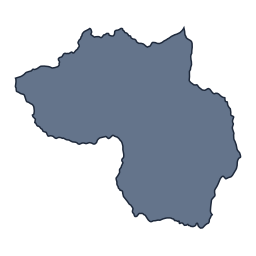 Imues, Nariño, Colombia
{"feature_id": "7082276B38506776880205", "entity_name": "Imues", "entity_type": "district", "adm_level": 2, "iso_a3": "COL", "parent_name": "Colombia", "parent_adm1": "Nariño", "projection": "robinson", "projection_center": [-77.501, 1.069], "detail": "fine", "context": "isolated", "style": "filled", "palette": "slate", "viewbox_px": 256, "rotation_deg": 0, "n_neighbors": 0, "source": "geoboundaries", "source_scale": "gbopen_adm2", "svg_char_len": 5742}
<svg xmlns="http://www.w3.org/2000/svg" viewBox="0 0 256 256"><path d="M240.6,156.9L240.4,155.3L239.6,152.8L237.6,150.4L237.0,149.1L236.2,144.9L235.0,141.5L234.1,139.8L233.8,138.7L233.6,134.8L233.9,133.8L233.8,132.9L232.6,129.3L232.3,127.9L232.5,126.7L233.3,124.3L233.3,123.7L232.6,122.3L232.5,121.2L232.6,120.3L233.7,117.1L233.6,116.8L233.2,116.4L231.3,115.5L230.9,115.0L230.7,114.2L230.8,112.3L230.3,108.8L229.1,107.5L228.1,105.9L227.7,105.0L227.3,102.0L227.0,101.8L225.7,101.6L225.3,101.2L224.9,99.5L224.9,98.1L224.8,97.7L223.4,97.5L222.2,97.0L220.5,95.8L219.1,94.4L218.1,93.7L217.1,93.3L215.6,93.3L214.8,93.7L213.7,93.6L213.0,93.2L211.9,92.0L210.2,89.7L209.7,89.2L208.6,88.6L208.1,88.6L207.4,88.9L205.4,90.1L204.8,90.3L202.9,90.1L202.2,89.9L198.9,87.3L197.4,85.2L196.8,84.8L195.3,85.0L193.7,84.8L192.5,83.8L190.9,82.7L189.8,81.5L189.3,80.7L189.2,79.9L189.5,76.8L189.4,71.6L189.5,71.1L190.4,69.7L190.7,67.2L191.5,64.9L191.5,64.4L191.4,61.7L191.0,59.9L190.7,56.6L191.0,54.7L191.7,53.4L191.8,50.7L192.2,47.2L192.1,43.5L191.7,42.0L191.1,41.1L190.2,40.4L187.3,38.7L186.1,37.5L185.9,36.3L185.4,35.8L184.9,34.4L184.6,31.3L183.9,27.9L183.3,29.0L182.2,30.5L180.0,32.6L176.9,34.1L174.7,34.8L171.4,36.4L169.1,38.1L167.4,39.0L166.7,39.6L163.8,41.1L162.2,42.4L159.7,43.5L158.3,43.5L157.2,43.4L155.3,42.6L152.9,42.4L152.3,42.6L151.8,43.2L150.8,45.0L149.8,46.3L148.7,46.5L147.4,47.1L145.8,46.1L144.3,44.7L143.1,43.9L141.4,43.4L138.7,43.3L137.1,42.3L136.7,41.9L135.8,40.1L134.8,39.3L133.0,39.0L131.5,38.2L130.9,37.6L130.7,36.4L130.5,36.1L130.0,35.9L128.7,35.7L128.1,34.6L127.1,33.4L126.2,32.9L125.0,32.6L124.7,32.3L124.2,31.3L122.8,30.0L122.5,28.8L121.8,28.4L120.8,28.5L119.3,29.5L118.7,29.8L117.4,30.2L116.1,30.3L114.9,31.1L114.7,31.6L114.5,34.0L114.3,34.6L113.7,35.4L113.3,35.8L112.8,36.0L111.6,36.0L109.7,35.4L109.1,35.1L108.8,34.0L108.4,33.5L106.8,33.4L104.9,34.7L103.6,35.0L102.2,37.0L101.2,37.6L100.5,37.5L99.0,36.7L98.5,36.6L95.9,36.7L94.4,37.1L92.0,35.4L91.1,34.7L90.9,34.3L91.1,33.4L91.4,33.0L91.6,32.4L91.6,31.5L91.4,30.8L90.9,29.4L90.5,28.9L90.1,28.6L89.6,28.5L88.7,29.3L84.8,31.3L83.9,31.9L82.7,33.3L82.2,34.2L81.9,35.7L81.6,36.3L81.1,36.8L80.8,38.0L80.2,39.2L79.2,40.0L78.0,42.3L78.1,43.2L79.1,45.2L79.2,45.9L79.1,46.6L78.1,47.9L77.5,49.1L75.9,50.4L74.1,52.6L73.8,52.9L73.0,53.0L72.0,52.2L71.3,52.1L69.0,53.5L66.9,53.5L66.2,53.6L65.1,53.3L64.6,53.4L63.6,54.0L62.1,56.5L61.7,56.9L59.5,57.6L58.5,58.5L58.4,58.9L58.4,59.5L58.5,60.1L59.4,61.4L59.5,62.4L59.1,63.3L59.2,65.1L57.9,66.6L54.9,67.6L52.4,68.0L51.9,67.9L49.7,66.9L48.1,66.5L44.1,66.1L41.1,66.2L40.4,66.4L37.6,68.3L36.8,68.8L35.1,69.4L34.4,69.5L33.1,69.2L32.6,69.4L31.7,70.5L31.0,71.0L29.0,71.5L26.3,72.4L25.7,72.8L23.9,74.6L22.0,75.9L20.6,76.6L15.5,78.2L15.9,79.3L16.0,81.6L15.9,83.0L15.4,86.3L15.5,86.9L16.1,88.1L16.2,90.0L16.5,91.3L17.0,91.6L18.6,92.3L20.7,93.6L23.2,94.3L23.7,94.5L24.1,94.9L24.5,95.5L26.0,100.2L26.4,101.1L27.0,101.8L28.6,102.3L30.6,103.6L32.2,104.4L32.7,104.9L33.6,106.3L33.9,107.3L34.3,111.0L34.0,113.5L33.8,114.1L33.4,114.5L32.4,115.1L32.9,116.6L35.4,119.2L34.8,122.6L35.5,122.8L36.9,125.4L37.3,125.8L37.7,126.1L38.4,126.1L39.6,126.9L40.2,127.5L40.8,128.5L42.0,129.2L42.4,129.8L42.8,131.0L44.0,131.7L45.5,132.1L46.3,132.5L47.2,134.6L48.0,136.0L48.3,136.1L48.8,136.1L50.7,135.7L52.1,136.0L53.2,136.4L54.6,137.7L55.7,138.3L56.3,138.4L58.3,137.5L59.1,137.4L60.7,137.6L62.4,138.3L63.2,138.1L63.8,138.3L66.2,139.6L66.9,139.8L68.9,140.0L71.2,141.3L72.6,141.9L75.6,142.2L77.1,142.9L78.1,143.9L79.2,144.2L79.7,144.1L82.0,143.1L82.7,143.0L83.9,143.0L85.9,143.6L86.7,143.5L89.3,142.6L91.5,143.0L93.4,144.0L94.8,144.0L96.5,142.6L97.3,140.4L97.9,139.5L99.3,138.2L100.2,137.8L105.7,136.5L106.5,136.8L107.5,137.9L108.3,138.4L108.7,138.5L110.0,137.8L111.9,135.9L112.9,135.3L113.8,135.6L114.6,136.2L117.4,137.2L119.1,138.7L119.7,139.7L121.1,141.2L121.7,142.1L122.3,143.8L122.9,146.3L122.9,149.8L123.7,154.0L123.8,155.4L123.7,156.7L123.5,157.6L122.5,158.5L122.0,159.3L121.8,160.2L122.0,161.1L122.8,162.2L122.9,162.9L122.0,164.9L121.5,165.9L121.1,167.4L119.9,168.9L119.5,169.8L119.6,172.3L119.4,173.0L117.8,175.8L116.1,178.1L116.2,179.4L116.9,181.9L116.9,184.1L117.5,185.7L118.2,186.6L118.2,187.4L118.5,188.2L119.8,189.4L120.1,190.3L121.5,190.5L122.0,190.8L122.6,191.8L122.7,193.2L123.5,196.5L127.4,201.4L129.3,204.2L130.7,205.0L132.5,207.5L133.0,208.8L132.4,211.2L132.5,212.0L132.7,212.6L133.8,213.8L134.5,215.9L135.1,216.5L136.0,216.5L136.5,216.4L137.0,216.1L138.7,213.9L139.2,213.5L142.2,213.4L142.9,213.7L143.9,214.6L145.1,215.2L145.5,215.6L147.3,218.5L148.4,220.1L149.8,221.3L150.9,221.7L151.9,221.5L153.2,220.8L155.3,220.7L157.9,220.1L160.0,220.2L162.9,218.9L165.9,218.1L167.3,217.9L169.9,217.9L171.0,218.1L172.4,218.8L173.4,219.0L173.8,219.3L174.4,220.3L175.0,220.7L175.7,220.5L176.6,220.8L177.7,221.4L178.1,221.4L178.6,221.1L179.2,221.3L179.2,222.8L179.5,223.4L179.9,223.5L180.7,223.0L182.1,223.0L182.9,223.4L183.9,224.8L184.6,225.3L186.5,225.1L187.4,224.4L187.9,224.4L188.6,225.4L190.0,225.7L191.1,226.5L191.9,226.3L192.5,226.6L193.1,226.6L194.5,226.1L195.3,225.6L195.9,224.9L196.3,223.7L197.0,223.2L197.5,223.4L197.7,223.8L198.2,225.9L199.0,226.7L199.4,227.3L200.5,228.0L200.8,228.1L202.6,227.8L205.3,225.0L206.7,223.9L208.4,223.1L208.9,222.4L209.2,221.6L209.4,219.4L210.5,217.5L210.9,216.2L212.2,214.7L211.1,213.3L210.6,212.2L210.4,210.7L210.7,206.6L211.5,200.0L212.1,199.0L214.8,196.0L215.0,194.9L214.6,192.6L214.6,190.5L214.8,189.8L217.1,186.0L218.1,183.9L220.3,178.6L221.4,177.2L222.3,176.4L222.9,176.3L223.5,176.4L223.9,176.8L225.6,178.7L226.2,178.7L228.4,177.6L230.7,176.9L231.1,176.7L232.4,175.4L235.9,169.6L236.5,168.3L237.1,165.5L237.3,162.0L237.7,160.3L238.6,158.5L239.2,158.0L240.3,157.4L240.6,156.9Z" fill="#64748b" stroke="#1e293b" stroke-width="1.5"/></svg>